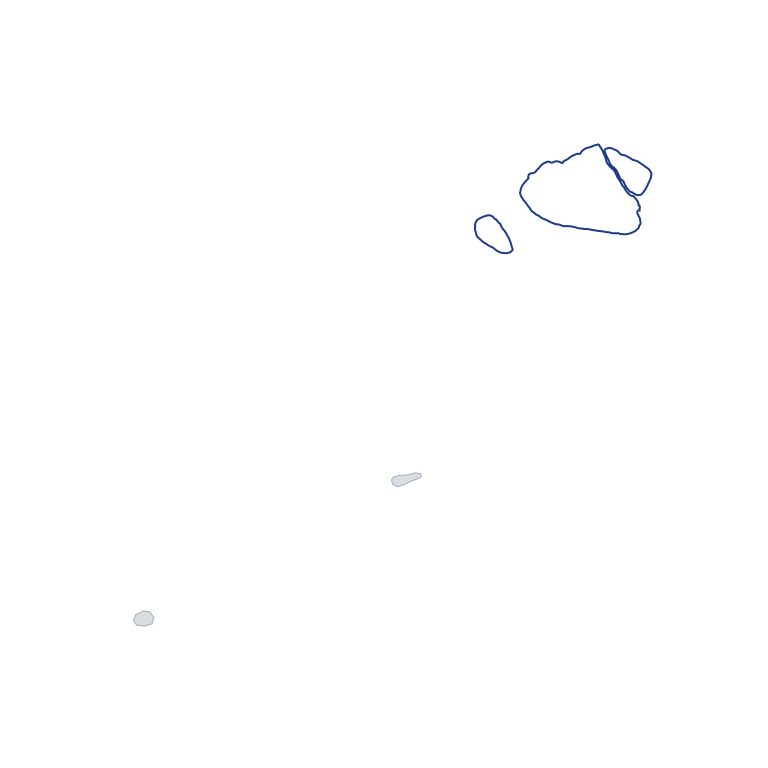 location of South Maalhosmadulu, Maldives, rotated 57°
{"feature_id": "70690204B34947259557359", "entity_name": "South Maalhosmadulu", "entity_type": "district", "adm_level": 2, "iso_a3": "MDV", "parent_name": "Maldives", "parent_adm1": "", "projection": "natural_earth1", "projection_center": [72.971, 5.094], "detail": "fine", "context": "in_parent", "style": "outline", "palette": "blue", "viewbox_px": 768, "rotation_deg": 57, "n_neighbors": 0, "source": "geoboundaries", "source_scale": "gbopen_adm2", "svg_char_len": 5339}
<svg xmlns="http://www.w3.org/2000/svg" viewBox="0 0 768 768"><g transform="rotate(57 384 384)"><path d="M477.7,428.4L473.0,431.3L468.5,430.1L467.0,426.4L469.2,420.9L472.9,413.9L475.5,406.3L479.2,402.1L482.1,403.5L481.8,407.8L480.4,413.7L479.5,421.3L477.7,428.4ZM451.7,722.7L445.9,723.2L442.3,717.8L443.1,710.0L447.6,704.5L454.7,704.2L458.8,709.1L456.7,716.7L451.7,722.7Z" fill="#d9dde1" stroke="#a8b0b8" stroke-width="1"/><path d="M392.0,94.3L392.2,92.7L392.6,90.0L392.2,87.3L391.7,85.6L391.1,84.5L390.1,83.5L389.6,82.1L388.7,81.1L387.2,80.4L386.0,79.9L384.4,79.2L382.6,79.0L381.2,78.8L379.7,78.7L378.3,78.4L377.4,77.6L376.9,76.5L377.4,75.7L377.8,75.2L377.1,74.6L376.1,74.3L375.7,73.5L374.4,72.7L373.2,72.9L372.5,73.2L371.2,72.3L369.4,71.8L367.0,71.9L365.7,71.9L363.7,72.3L362.7,72.3L361.7,73.2L360.7,74.1L359.5,74.8L358.6,75.1L356.3,75.6L354.3,75.7L353.4,75.7L351.2,75.8L349.7,75.6L348.0,75.9L346.6,76.0L345.0,75.7L343.5,75.6L341.5,75.5L340.0,75.5L338.6,75.6L337.1,75.6L335.8,75.2L333.8,75.1L331.9,74.7L330.5,74.7L329.0,75.0L327.2,75.5L325.9,75.8L324.1,76.2L322.5,76.3L321.3,76.5L319.6,76.5L318.3,76.1L316.8,75.7L315.4,75.1L313.9,74.8L312.7,74.4L311.4,74.5L310.8,74.2L309.5,74.1L308.5,73.8L307.9,73.7L306.6,73.6L305.0,73.5L304.0,73.5L303.0,73.5L302.0,73.5L301.3,73.4L300.7,73.4L299.9,73.7L299.8,73.9L299.2,75.6L298.7,77.0L298.4,78.2L298.2,79.2L298.0,80.7L297.6,81.9L297.4,82.8L297.1,83.8L296.6,85.1L296.3,86.4L296.2,87.4L296.2,88.4L296.3,89.8L296.5,91.1L296.9,92.1L297.2,92.9L297.5,93.5L297.7,94.4L297.0,95.3L296.6,95.9L296.0,96.9L295.8,98.1L295.2,102.1L295.1,102.8L295.2,104.8L295.3,106.2L295.5,107.4L295.4,108.4L295.2,109.7L295.1,110.7L295.1,112.0L295.5,113.1L295.8,113.7L295.8,113.9L295.4,114.6L294.8,114.9L293.8,115.5L292.5,116.4L291.2,118.0L290.6,119.1L290.2,120.8L290.0,122.3L289.3,123.3L288.1,124.1L287.3,124.7L286.5,126.0L286.3,127.4L286.0,129.2L285.9,130.4L285.9,131.4L286.2,132.6L286.5,134.2L286.9,135.4L287.4,137.0L287.6,138.4L288.0,139.9L288.4,140.8L288.6,141.8L288.6,143.0L288.2,144.5L287.8,145.1L287.3,146.2L287.1,147.6L287.4,148.7L288.4,149.9L289.6,150.6L290.1,150.7L290.4,152.0L290.9,153.8L291.3,155.1L291.5,156.2L291.9,157.4L292.6,159.4L293.2,160.6L294.0,161.6L294.9,162.9L295.6,163.6L296.9,164.8L297.9,165.9L299.0,166.3L300.4,166.6L301.8,166.8L302.9,166.8L303.8,166.8L305.1,166.9L305.8,166.8L307.2,166.7L308.0,166.5L309.1,166.4L309.7,166.3L310.6,166.3L311.5,166.3L313.9,166.2L314.8,166.0L315.9,166.0L317.6,166.1L319.9,165.7L320.9,165.5L321.7,164.9L322.9,164.6L323.9,164.5L325.2,163.8L326.4,163.0L327.7,162.4L329.0,162.0L330.5,161.3L331.9,160.7L333.2,159.6L334.6,158.7L337.2,157.2L338.6,156.4L340.3,155.2L342.1,154.0L343.5,152.8L344.7,151.5L345.7,150.2L347.2,149.1L348.7,148.1L349.7,147.1L351.2,144.5L352.7,142.5L353.8,141.2L355.0,140.0L355.9,139.0L357.2,137.8L358.4,136.9L359.7,135.6L361.2,133.6L362.4,132.4L363.4,131.2L364.3,129.7L365.5,128.2L366.7,127.0L367.7,126.0L368.6,125.1L370.2,123.1L371.1,122.3L372.1,121.2L372.9,120.3L373.9,118.9L374.7,117.9L375.4,117.2L376.5,116.0L377.7,114.9L379.0,113.0L380.3,111.8L381.3,110.9L382.5,109.6L383.5,107.9L384.5,106.7L384.8,105.7L385.7,104.9L386.5,104.5L387.8,102.9L389.1,101.3L389.9,100.0L390.7,98.5L391.3,96.7L391.7,95.7L392.0,94.3ZM365.2,64.7L365.0,63.9L364.7,63.1L364.3,61.7L363.8,60.3L363.3,59.3L362.8,58.1L362.1,57.0L361.4,55.7L360.8,54.6L360.1,53.6L359.6,52.9L358.7,51.5L358.0,50.2L357.5,49.5L357.1,48.8L356.2,47.7L355.7,47.3L354.7,46.4L354.0,45.7L353.1,45.1L351.6,44.8L350.2,44.8L348.6,44.8L347.2,45.2L345.3,46.0L343.5,46.8L341.6,47.3L340.2,48.0L338.8,48.5L337.5,49.2L335.7,49.9L334.7,50.5L332.7,52.1L331.3,53.4L330.3,53.8L328.9,54.5L328.0,54.9L327.1,55.3L326.3,55.9L325.3,56.2L324.2,56.9L323.0,57.9L322.2,58.7L321.5,59.5L320.6,60.2L319.8,60.6L318.6,60.7L317.6,60.9L316.6,61.1L315.6,61.4L314.6,61.9L313.9,62.3L312.3,63.5L311.4,64.1L310.2,64.8L309.4,65.7L308.7,66.6L308.2,67.4L308.0,68.3L307.9,68.9L307.7,69.5L307.6,70.0L307.7,70.8L308.1,71.5L308.8,72.1L309.3,72.3L310.1,72.5L311.2,72.6L312.5,73.0L313.5,73.2L315.1,73.3L317.0,73.6L318.8,73.7L320.6,74.1L322.2,74.5L323.4,74.5L325.5,74.2L326.8,73.7L327.8,73.2L330.0,72.9L330.9,72.7L333.1,72.9L334.4,73.0L336.1,73.3L338.2,73.6L339.2,73.9L340.2,74.0L340.9,74.0L341.6,73.8L342.5,73.4L343.4,73.0L344.3,72.9L345.4,73.0L346.4,73.2L347.6,73.3L349.0,73.5L349.8,73.6L350.9,73.6L351.8,73.6L352.9,73.4L354.0,73.3L355.3,73.2L356.8,72.9L357.9,71.9L359.1,71.2L360.8,70.5L361.9,69.9L362.9,69.1L363.8,68.2L364.4,67.4L364.9,66.5L365.1,65.8L365.2,64.7ZM342.2,206.0L342.0,204.5L341.5,203.0L340.4,202.5L339.5,202.4L339.0,202.3L338.6,202.1L336.6,201.5L335.0,201.0L333.6,200.6L330.9,200.1L329.4,199.8L327.9,199.8L326.0,199.7L324.1,199.5L321.6,199.4L319.9,199.7L318.1,199.9L316.4,199.8L315.0,199.7L312.9,199.3L311.0,200.0L309.2,200.1L307.2,200.3L306.2,201.1L304.5,201.4L302.8,201.6L301.6,202.4L300.7,202.9L299.8,203.8L299.1,205.1L298.6,206.6L298.1,208.2L297.7,209.9L297.4,212.3L297.2,213.9L297.1,215.2L297.4,217.0L297.8,218.1L298.6,219.4L299.4,220.3L300.4,221.2L301.4,221.7L303.2,223.0L304.2,223.7L305.9,224.1L307.2,224.6L308.6,225.1L310.8,225.5L311.8,225.4L313.3,225.0L315.0,224.6L316.3,224.2L318.0,223.8L319.9,223.2L321.5,222.2L323.9,221.3L325.7,220.4L327.3,219.4L329.0,218.3L331.0,217.7L333.5,216.9L335.5,215.8L337.7,214.2L339.1,212.7L340.3,211.1L341.5,209.0L342.1,207.1L342.2,206.0Z" fill="none" stroke="#1e3a8a" stroke-width="2"/></g></svg>